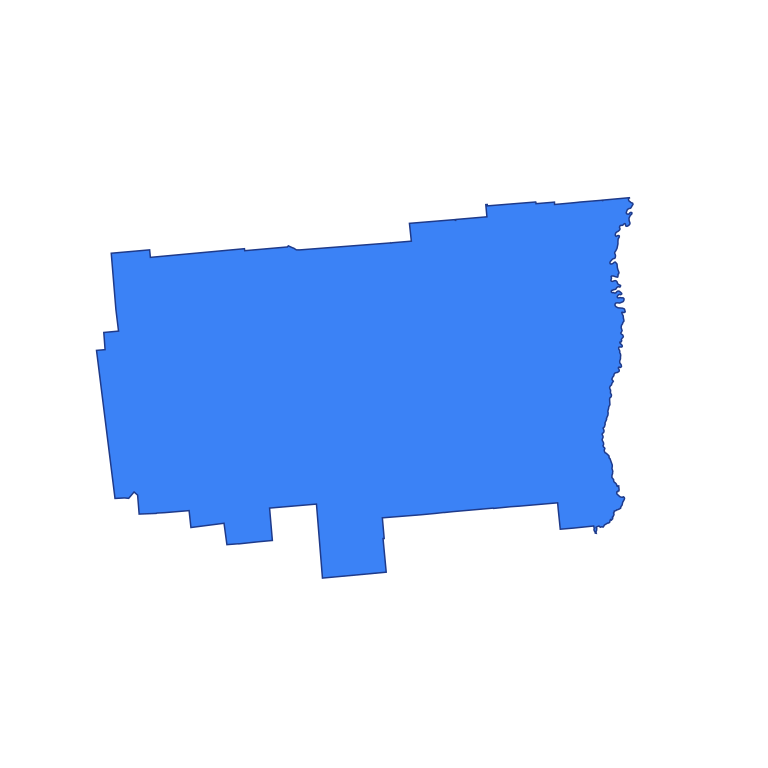 the district of Cruz Alta, Tucumán, Argentina, rotated 163°
{"feature_id": "61730980B32203515925344", "entity_name": "Cruz Alta", "entity_type": "district", "adm_level": 2, "iso_a3": "ARG", "parent_name": "Argentina", "parent_adm1": "Tucumán", "projection": "orthographic", "projection_center": [-65.189, -26.91], "detail": "fine", "context": "isolated", "style": "filled", "palette": "blue", "viewbox_px": 768, "rotation_deg": 163, "n_neighbors": 0, "source": "geoboundaries", "source_scale": "gbopen_adm2", "svg_char_len": 6137}
<svg xmlns="http://www.w3.org/2000/svg" viewBox="0 0 768 768"><g transform="rotate(163 384 384)"><path d="M674.7,353.2L665.4,350.9L661.6,349.3L654.6,353.8L652.1,349.8L656.2,331.2L639.5,326.8L639.0,327.0L631.4,325.1L607.4,319.9L610.6,303.2L577.7,297.6L581.2,276.3L570.0,273.8L569.8,273.6L550.5,269.9L536.5,267.0L529.7,298.8L483.7,288.9L499.6,216.4L436.9,203.4L430.1,236.5L429.0,236.2L424.7,256.5L387.2,248.2L372.6,245.2L364.5,243.7L364.2,243.5L355.4,241.8L315.9,233.4L315.7,233.0L298.7,229.6L290.6,227.7L252.7,219.6L254.1,212.9L257.9,193.6L244.4,190.7L225.0,186.9L225.2,184.3L225.7,183.7L225.9,182.3L225.4,180.7L225.6,179.7L224.7,179.2L224.7,179.8L224.2,181.1L223.6,181.7L222.8,183.4L222.8,183.7L223.2,184.5L223.0,185.0L220.3,185.4L219.6,185.0L219.1,183.8L217.3,183.8L216.7,183.3L216.3,183.1L215.1,184.0L214.5,184.7L210.8,185.6L209.9,185.4L208.7,185.7L208.4,186.3L207.0,188.2L206.7,188.2L206.6,187.6L206.3,187.3L205.7,187.8L204.8,188.2L204.6,188.7L204.6,189.9L204.5,190.0L203.8,190.0L203.4,190.6L202.5,191.5L202.1,192.3L202.2,193.5L201.9,193.6L201.7,194.0L201.1,194.5L201.0,195.1L199.0,195.2L198.3,195.6L197.2,195.4L196.2,195.7L195.6,195.6L195.1,195.7L194.6,196.1L194.1,196.0L193.3,197.4L191.7,198.6L190.4,201.0L188.1,203.2L187.4,204.3L187.4,205.2L187.9,206.0L188.2,206.2L188.9,205.9L190.2,206.4L191.3,207.2L192.8,209.7L193.4,210.8L193.4,211.5L193.1,212.4L192.8,212.8L191.9,212.7L191.5,213.3L190.6,213.1L190.1,214.1L189.6,216.8L189.6,217.4L189.3,217.8L189.9,218.2L190.6,217.8L190.9,218.0L191.0,218.7L191.0,219.9L191.2,220.8L191.8,222.0L192.2,222.3L192.7,223.5L192.7,224.3L192.4,225.1L192.4,225.5L193.4,228.0L192.6,230.2L191.6,231.5L191.2,232.7L190.7,233.6L190.7,236.6L189.8,238.4L189.4,239.8L189.7,246.6L190.3,247.5L190.0,248.6L189.9,249.7L191.6,252.6L192.1,253.2L192.6,253.5L192.9,254.8L192.8,256.2L192.5,256.8L191.9,257.3L191.6,257.9L191.8,258.6L192.4,259.4L192.6,260.9L191.7,261.9L191.3,263.3L191.3,264.0L191.7,265.9L191.7,267.0L191.2,267.7L190.2,268.8L189.8,270.0L190.2,271.8L190.1,272.0L189.6,272.9L188.5,273.2L187.8,273.8L187.4,274.6L187.2,275.5L187.4,277.6L187.1,278.0L186.0,278.4L185.7,278.6L184.3,280.8L184.1,281.4L184.2,281.9L183.9,282.4L182.1,284.3L181.3,285.4L181.4,285.8L181.3,286.1L179.0,288.7L178.3,290.3L178.0,291.5L178.1,291.9L177.7,292.9L176.5,294.7L175.6,296.6L174.5,297.6L174.0,298.2L172.7,303.6L172.2,304.5L171.5,305.0L171.1,305.0L170.3,305.7L169.7,306.9L169.7,307.6L170.1,309.1L169.1,311.9L169.3,312.5L169.4,314.2L169.1,314.9L168.2,315.9L166.7,316.6L165.8,318.1L164.3,319.2L163.9,319.6L164.6,321.4L164.7,322.0L163.4,323.6L161.8,324.7L161.3,325.8L160.7,326.5L159.6,327.0L158.5,327.0L157.9,326.8L157.0,326.9L155.7,327.3L155.2,327.7L155.0,328.5L155.0,329.3L155.3,330.2L155.0,331.2L154.6,331.4L153.9,331.4L153.7,331.0L152.9,330.7L152.2,331.0L151.7,331.5L151.6,333.3L152.2,334.7L152.3,335.5L151.9,337.1L150.5,338.9L150.0,340.5L149.2,342.4L149.1,343.8L149.3,344.5L149.4,345.3L148.9,346.5L148.9,347.4L149.3,348.7L149.0,350.1L148.7,350.4L148.2,350.6L147.1,350.3L146.1,349.9L145.5,350.0L145.1,350.4L145.0,351.4L146.3,354.0L146.4,354.6L146.2,355.1L145.1,354.9L144.6,355.1L144.0,356.0L144.2,356.5L144.1,357.1L143.1,358.0L141.6,358.9L141.2,359.6L141.4,361.1L142.4,362.3L142.6,362.9L142.7,363.5L141.7,364.3L140.7,365.4L140.7,367.5L140.8,368.2L140.6,368.9L140.1,370.0L139.6,370.8L138.2,371.9L137.6,373.0L136.6,373.6L136.1,374.1L135.8,376.1L135.9,376.6L135.3,379.3L135.6,380.4L135.8,382.7L135.5,383.0L134.9,382.9L133.7,382.1L133.1,382.4L132.5,382.3L132.2,382.6L132.1,384.7L132.2,385.4L132.5,385.8L133.8,386.8L137.6,388.3L138.2,388.7L139.7,390.3L140.1,391.5L139.8,392.7L138.9,393.5L138.2,393.6L137.3,393.5L134.9,392.5L131.6,392.8L130.9,393.1L130.2,393.8L129.6,395.0L129.6,395.6L130.2,396.5L131.8,397.0L132.9,397.6L134.7,397.8L135.3,398.2L135.5,398.7L135.5,399.2L134.8,400.1L133.5,400.8L132.8,400.9L131.6,400.2L130.7,400.4L130.3,400.6L130.2,401.0L130.3,401.5L131.7,403.8L132.4,404.3L133.4,404.5L134.6,404.1L135.3,403.5L136.5,403.4L137.3,403.8L137.7,404.3L138.8,404.5L139.5,405.0L139.7,405.5L139.5,406.4L139.0,406.9L137.9,406.7L137.6,407.0L136.8,407.1L136.0,406.9L134.8,406.9L134.1,407.3L133.3,408.1L132.0,408.6L131.2,408.4L130.1,407.7L129.5,408.1L129.0,408.7L129.0,409.2L130.1,410.1L131.0,411.2L131.2,411.7L131.3,413.7L132.0,414.9L132.7,415.3L133.5,415.4L135.5,415.3L136.3,415.7L136.7,416.4L136.7,416.8L136.3,417.5L135.5,418.6L135.4,420.3L135.0,420.6L134.3,420.7L133.6,420.3L133.0,420.2L131.3,418.9L130.6,418.6L129.8,418.0L129.3,417.9L128.6,418.9L128.1,420.5L127.3,420.8L126.7,421.9L126.9,425.1L126.8,427.1L126.1,430.6L127.0,432.7L127.2,433.0L128.0,433.1L130.0,432.3L131.6,432.3L132.1,432.5L132.5,432.9L132.6,433.8L131.8,434.9L129.5,436.3L128.2,436.8L126.6,436.7L125.9,437.3L125.1,438.9L125.0,440.2L125.2,441.6L124.9,442.4L123.1,443.9L121.5,445.6L119.3,449.6L118.7,451.7L117.7,454.2L116.0,455.8L115.7,456.8L116.2,457.4L117.1,457.6L118.8,457.3L119.2,457.9L119.3,458.9L118.4,460.5L117.3,461.2L115.1,461.7L113.7,462.4L113.2,462.9L113.0,463.3L112.9,464.0L113.1,464.6L112.8,465.4L112.1,466.2L111.4,466.5L109.4,466.0L107.9,466.8L107.3,467.0L106.8,467.0L106.5,466.7L106.4,466.3L106.6,464.5L106.2,464.1L105.7,463.8L105.0,463.8L103.6,464.1L102.5,464.8L102.0,465.3L101.7,466.1L101.8,468.7L101.2,471.0L99.1,473.3L97.6,473.9L96.9,474.9L96.9,475.3L97.1,475.6L97.8,476.0L99.1,475.7L100.1,474.9L100.5,474.9L101.6,475.4L102.1,475.8L102.3,476.4L102.3,476.9L101.1,478.7L100.1,479.7L98.5,480.2L97.2,480.0L96.5,480.2L95.2,481.3L94.8,481.8L93.4,482.9L93.3,483.5L93.4,484.3L94.8,485.3L95.3,486.3L95.9,486.9L96.3,488.0L96.2,489.2L95.7,489.9L94.3,490.3L121.1,495.9L121.2,495.4L121.3,495.4L122.4,496.2L122.8,496.2L144.3,500.9L144.6,500.9L149.7,501.9L168.4,505.8L167.8,508.1L185.9,512.0L185.6,513.4L185.7,513.7L233.0,524.1L232.8,525.5L234.2,525.8L236.7,513.8L267.0,520.3L267.6,519.5L268.0,519.7L267.8,520.4L312.7,530.2L316.1,512.6L334.9,516.7L335.8,516.7L336.1,517.0L336.3,516.8L336.9,517.1L425.5,536.9L428.6,537.9L430.7,540.4L431.4,540.8L435.1,544.1L436.3,543.3L478.2,552.2L477.9,554.2L570.4,573.4L568.9,580.8L606.6,588.8L618.6,533.7L622.4,512.2L636.9,515.2L640.7,498.4L649.1,500.2L674.7,353.2Z" fill="#3b82f6" stroke="#1e3a8a" stroke-width="1.5"/></g></svg>